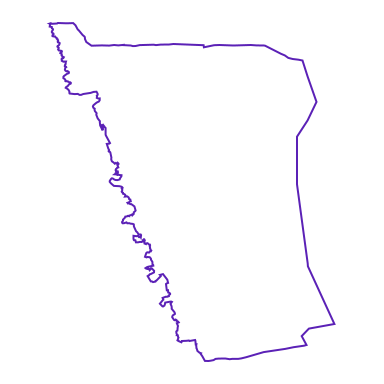 Prundeni, Vâlcea, Romania
{"feature_id": "2599482B15275275534961", "entity_name": "Prundeni", "entity_type": "district", "adm_level": 2, "iso_a3": "ROU", "parent_name": "Romania", "parent_adm1": "Vâlcea", "projection": "natural_earth1", "projection_center": [24.227, 44.727], "detail": "fine", "context": "isolated", "style": "outline", "palette": "violet", "viewbox_px": 384, "rotation_deg": 0, "n_neighbors": 0, "source": "geoboundaries", "source_scale": "gbopen_adm2", "svg_char_len": 5801}
<svg xmlns="http://www.w3.org/2000/svg" viewBox="0 0 384 384"><path d="M334.4,324.0L307.9,266.3L307.7,263.4L297.0,184.3L297.0,136.7L307.6,120.4L316.5,101.9L307.6,76.5L302.5,60.5L298.5,59.7L292.7,59.0L288.3,57.9L284.8,55.4L281.0,53.8L265.1,45.7L263.9,45.5L256.5,45.4L250.8,45.0L233.4,45.5L219.5,45.0L214.1,45.2L203.9,47.3L203.6,45.2L173.4,44.0L169.1,44.5L160.7,44.6L156.0,45.1L153.7,44.7L139.7,45.1L135.6,46.0L132.9,46.1L130.7,45.5L123.2,45.1L123.3,44.9L118.3,45.4L114.1,45.0L109.2,45.6L101.9,45.4L91.5,45.7L86.3,42.0L85.0,39.1L84.8,37.1L84.4,36.5L82.6,35.0L78.8,30.4L77.7,29.4L75.5,25.3L73.2,23.1L66.6,23.3L57.8,23.0L57.1,23.5L52.1,23.8L50.8,23.2L49.6,23.6L50.6,24.0L50.0,24.8L49.7,26.6L51.8,27.0L51.9,28.3L52.7,28.8L53.0,29.3L52.7,30.3L51.9,31.3L51.8,32.1L52.1,32.7L53.4,33.5L53.6,34.1L52.5,35.2L52.4,36.0L53.1,36.4L55.0,36.4L55.6,37.4L56.6,37.8L56.8,38.8L57.5,39.1L57.5,39.7L58.1,40.2L58.1,40.9L57.7,41.8L57.9,42.3L59.3,42.7L59.7,43.1L59.3,44.6L58.7,45.4L57.7,45.9L57.4,46.7L58.7,47.8L58.6,48.7L58.1,49.3L58.7,50.4L61.6,50.9L61.9,51.3L61.8,51.9L60.4,52.8L60.3,53.2L61.5,53.7L61.8,54.6L61.6,55.0L61.6,55.5L62.2,56.0L62.4,56.5L63.8,57.2L63.3,58.1L62.5,58.1L61.7,58.7L61.6,59.8L62.1,60.3L61.9,60.9L63.4,61.7L64.6,61.5L66.0,61.5L65.6,62.8L65.7,63.9L65.1,64.7L64.8,65.9L64.8,66.2L66.0,66.7L66.2,67.1L65.3,67.6L64.9,69.8L65.6,70.8L66.5,71.3L67.6,71.1L68.9,72.1L68.9,72.6L68.7,73.2L67.0,73.8L64.0,76.0L63.4,76.8L63.4,78.2L64.8,79.1L65.4,80.0L65.3,81.0L65.8,81.3L66.8,81.1L67.4,81.5L67.9,81.4L69.3,82.3L70.3,82.3L70.9,83.0L70.6,83.7L69.1,84.3L67.8,86.0L66.2,87.0L65.7,87.8L67.6,89.0L68.6,90.0L69.4,91.5L69.4,93.1L69.6,93.5L74.7,94.1L77.8,93.9L79.6,94.9L81.0,94.9L83.3,94.0L90.6,92.9L93.6,91.9L96.5,91.7L97.5,93.5L97.7,94.3L97.6,94.9L96.8,95.7L97.0,96.3L96.8,97.9L98.3,98.5L99.7,98.4L99.7,100.2L98.9,101.5L96.8,102.5L95.6,103.4L93.5,105.2L92.9,106.3L93.3,107.7L94.7,108.7L94.5,109.7L94.9,111.1L96.6,113.2L96.3,114.8L97.7,118.4L99.9,121.2L99.8,122.3L100.2,125.5L101.8,128.7L102.0,129.6L102.7,129.7L103.0,129.3L102.9,128.2L102.0,125.8L102.1,125.1L102.8,125.3L103.1,124.9L103.8,125.8L103.3,126.2L104.5,126.7L104.6,127.1L105.6,128.0L105.6,134.4L105.8,135.3L110.0,143.1L109.3,143.6L106.8,143.9L108.3,148.6L109.1,150.0L109.1,150.4L108.6,151.1L109.0,151.7L109.9,151.9L110.3,152.4L111.4,157.6L111.2,159.2L111.7,160.9L112.1,161.5L113.6,162.5L114.8,163.7L115.9,162.9L116.8,163.7L117.1,163.8L117.7,162.8L118.5,163.6L118.5,164.1L117.5,165.3L118.3,167.4L117.1,167.8L116.7,168.6L116.0,169.0L115.6,170.1L116.3,171.0L116.1,171.5L117.7,171.3L118.0,172.2L117.5,173.3L116.9,173.4L116.4,173.9L115.9,173.6L115.5,173.7L114.7,174.3L116.2,174.4L117.5,175.0L118.6,174.6L119.2,175.0L121.5,175.2L121.4,176.3L120.1,178.2L119.7,179.4L117.5,180.1L115.6,180.0L114.4,179.6L112.8,178.5L111.9,178.3L111.2,178.8L109.8,180.8L109.7,181.8L111.0,183.4L113.9,185.9L119.5,186.2L121.5,186.7L122.2,187.2L122.6,187.8L121.7,188.4L122.3,189.8L122.1,190.9L121.7,191.5L121.8,191.9L122.5,192.7L123.0,192.8L123.1,193.8L124.3,194.1L125.0,194.6L125.5,195.4L124.9,196.6L127.3,196.4L128.7,197.5L129.2,199.2L130.3,199.5L130.7,201.1L130.2,201.1L130.1,201.4L128.7,202.4L127.5,202.8L128.0,203.5L128.9,203.1L130.2,204.1L131.3,204.1L134.4,206.4L135.6,210.5L135.3,211.0L133.8,212.3L133.7,214.0L132.9,214.7L132.8,214.8L132.8,214.3L132.5,214.2L130.9,215.1L128.7,215.8L128.8,216.1L127.6,215.9L126.8,216.5L125.3,216.6L124.8,217.8L123.0,219.6L123.0,220.7L122.1,221.9L122.1,222.7L122.7,223.3L124.0,223.2L126.5,222.4L127.3,223.3L129.4,223.2L130.3,223.6L132.8,223.9L133.8,224.4L133.9,226.4L136.1,231.3L137.3,232.3L138.6,234.4L140.7,234.5L141.1,235.1L140.8,237.2L140.5,236.6L139.9,237.1L139.1,237.2L138.7,236.9L138.4,236.0L137.8,235.8L136.5,236.2L133.5,235.8L133.5,238.8L133.7,239.7L134.0,240.2L135.4,240.3L135.9,242.3L138.2,242.3L139.8,241.9L141.6,242.0L142.4,241.6L143.0,240.0L144.0,239.2L144.3,239.4L144.8,240.4L144.4,241.5L144.0,241.9L144.6,242.9L144.5,243.5L146.0,244.1L146.3,243.4L147.6,243.2L149.1,244.6L149.9,244.6L150.1,245.2L149.7,246.3L150.1,247.1L149.9,247.9L150.2,248.9L150.6,249.3L150.7,250.4L151.2,250.6L150.8,251.4L149.9,251.4L149.0,252.6L147.2,252.3L146.3,253.0L145.0,256.8L146.6,257.4L147.3,257.0L149.7,257.2L150.9,258.6L151.0,259.7L152.4,261.9L152.5,264.8L152.7,265.1L153.2,265.1L153.3,265.7L148.3,266.7L147.7,266.9L147.9,267.6L146.6,267.4L145.5,268.1L146.1,268.6L147.5,269.0L149.1,269.0L149.6,270.2L150.6,269.2L150.9,268.4L151.7,268.3L154.1,270.8L154.0,272.4L150.9,274.0L149.7,274.3L149.1,275.3L148.6,275.4L147.6,276.1L150.8,281.4L151.9,281.4L153.0,282.1L155.4,281.6L155.6,280.9L156.2,280.8L160.8,276.1L160.7,275.6L160.0,274.9L163.0,274.1L167.3,279.7L168.1,282.9L166.8,283.4L166.0,284.0L166.8,290.3L168.0,290.2L168.2,292.5L169.5,292.9L169.7,293.5L170.1,293.7L170.1,294.2L168.6,295.6L168.8,296.2L167.0,296.8L165.9,296.7L162.6,297.9L163.3,299.7L162.9,300.0L159.9,303.7L162.4,306.3L163.0,306.5L164.4,305.6L164.9,304.3L165.2,302.6L170.4,301.6L171.3,301.6L171.9,301.9L170.5,303.8L171.5,306.0L171.7,307.2L171.7,308.8L174.4,312.1L174.9,313.3L174.9,314.0L172.8,315.4L172.3,316.4L172.2,317.2L174.0,319.9L175.0,320.3L175.7,319.6L176.7,320.3L176.9,321.1L178.1,321.6L178.7,322.4L176.8,323.2L178.0,326.0L177.7,327.1L177.4,330.6L176.7,331.0L176.3,331.5L176.4,333.1L177.0,334.6L176.8,335.2L177.8,335.3L178.1,337.1L178.5,337.5L177.5,340.3L178.4,340.6L178.4,341.0L181.4,342.3L181.7,341.8L181.9,341.0L186.6,340.8L188.9,340.5L189.4,341.0L195.1,340.0L195.4,340.9L195.7,344.4L196.4,344.3L196.2,345.4L196.5,348.4L196.9,349.0L197.4,350.9L199.4,352.6L200.9,353.2L200.5,353.6L202.3,356.2L204.9,360.9L208.5,361.0L210.6,360.7L213.6,360.1L215.5,358.9L218.5,358.6L225.2,358.5L229.7,359.2L232.0,358.9L238.0,358.9L241.3,358.4L246.2,357.2L263.7,352.1L285.2,348.9L293.6,347.2L304.0,345.7L306.5,345.0L301.7,336.1L308.9,328.6L334.4,324.0Z" fill="none" stroke="#5b21b6" stroke-width="2"/></svg>